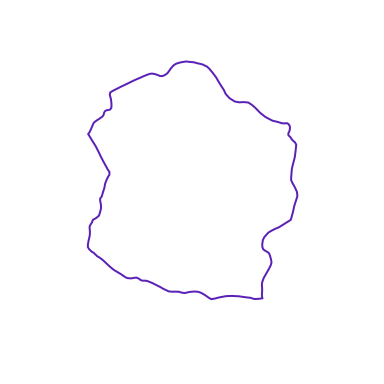 Zadiè, Ogooué-Ivindo, Gabon, rotated 330°
{"feature_id": "22940354B86386728493807", "entity_name": "Zadiè", "entity_type": "district", "adm_level": 2, "iso_a3": "GAB", "parent_name": "Gabon", "parent_adm1": "Ogooué-Ivindo", "projection": "natural_earth1", "projection_center": [13.91, 0.867], "detail": "fine", "context": "isolated", "style": "outline", "palette": "violet", "viewbox_px": 384, "rotation_deg": 330, "n_neighbors": 0, "source": "geoboundaries", "source_scale": "gbopen_adm2", "svg_char_len": 2664}
<svg xmlns="http://www.w3.org/2000/svg" viewBox="0 0 384 384"><g transform="rotate(330 192 192)"><path d="M199.8,319.2L200.9,316.3L203.0,313.2L204.4,310.8L206.1,307.3L207.8,305.1L211.0,302.4L215.1,300.0L220.5,296.8L223.6,294.8L225.6,292.8L226.7,290.0L227.9,285.3L228.0,283.2L227.1,281.3L225.9,279.3L225.1,277.4L225.3,275.2L226.6,272.5L229.3,269.1L231.9,267.3L236.3,265.8L238.2,265.3L242.0,265.3L245.9,265.5L249.3,266.0L255.6,265.8L263.5,265.5L265.2,264.0L269.6,259.6L273.7,255.1L277.0,252.1L281.1,248.4L282.1,246.3L283.0,244.1L283.3,240.8L283.5,237.1L283.5,234.3L283.8,231.2L285.3,228.8L287.0,226.3L289.6,222.5L291.7,220.1L294.7,217.0L298.2,213.5L302.5,207.9L304.3,205.4L305.9,203.2L306.0,200.5L305.2,198.1L304.6,195.7L304.7,194.1L304.2,192.3L303.9,191.0L304.8,189.3L306.3,188.4L307.8,187.0L309.0,185.3L309.7,183.4L309.5,181.3L308.6,179.8L306.9,179.1L304.3,177.5L301.5,174.4L297.2,170.3L293.0,163.6L290.6,157.5L288.9,150.7L287.3,146.2L285.5,142.7L283.2,141.0L281.0,139.6L277.8,138.0L274.3,135.0L271.4,129.6L270.2,124.0L270.6,119.5L270.2,111.5L270.2,105.0L269.5,99.1L268.6,93.8L267.7,90.9L266.1,88.6L265.1,87.0L262.8,84.8L260.7,82.9L258.6,80.7L254.8,78.0L252.5,76.2L248.6,74.6L246.0,73.8L242.7,73.0L239.9,73.0L237.8,73.6L235.7,74.3L233.0,75.6L230.2,76.8L228.0,77.1L226.0,77.1L223.8,76.6L222.2,75.4L220.9,73.7L219.1,71.6L216.7,69.5L214.3,68.5L210.0,67.8L198.0,66.4L181.6,65.2L173.5,64.8L171.1,64.9L169.7,66.2L168.9,68.3L168.5,70.3L167.2,73.5L165.9,76.2L164.3,78.7L162.5,79.6L160.8,79.3L159.7,78.8L158.3,78.4L156.8,78.6L155.4,79.5L153.9,81.1L152.4,81.8L149.0,82.2L144.8,82.4L141.6,82.9L139.5,84.4L137.6,85.8L135.6,87.3L133.4,88.8L131.1,89.9L131.2,96.5L131.5,103.9L131.1,111.4L130.7,116.2L130.5,121.7L130.4,126.5L130.3,130.1L130.5,133.5L129.0,135.8L126.5,137.1L123.8,139.0L121.0,141.3L117.9,144.9L115.5,147.0L113.5,148.9L111.5,150.8L109.4,151.6L108.3,153.1L107.8,154.7L106.5,158.0L105.1,160.6L102.8,163.0L99.7,165.9L96.3,166.6L92.5,166.6L91.1,167.4L90.6,168.1L88.9,168.9L86.5,170.3L85.4,171.8L84.0,174.8L82.5,177.5L80.8,179.6L78.3,182.2L75.7,185.3L74.3,187.6L74.3,190.0L75.3,193.5L76.4,195.4L77.9,200.5L79.2,202.6L80.9,206.8L82.0,210.5L83.8,216.3L85.5,220.7L89.0,226.9L91.8,232.7L93.4,234.6L96.5,236.6L99.0,237.4L101.0,238.3L102.7,240.5L103.5,242.6L105.0,244.2L106.7,245.1L108.5,246.4L112.0,250.8L117.3,258.9L118.6,261.3L122.2,266.5L124.8,268.3L127.4,269.8L130.6,271.7L133.2,274.4L135.5,276.0L138.6,276.9L141.9,278.2L145.0,279.8L147.4,281.5L149.4,283.8L151.7,287.7L153.6,291.9L155.1,294.4L157.8,295.5L162.6,296.8L169.4,299.2L174.7,302.0L180.5,305.8L186.1,310.2L189.8,312.9L192.4,315.8L196.4,317.9L199.8,319.2Z" fill="none" stroke="#5b21b6" stroke-width="2"/></g></svg>